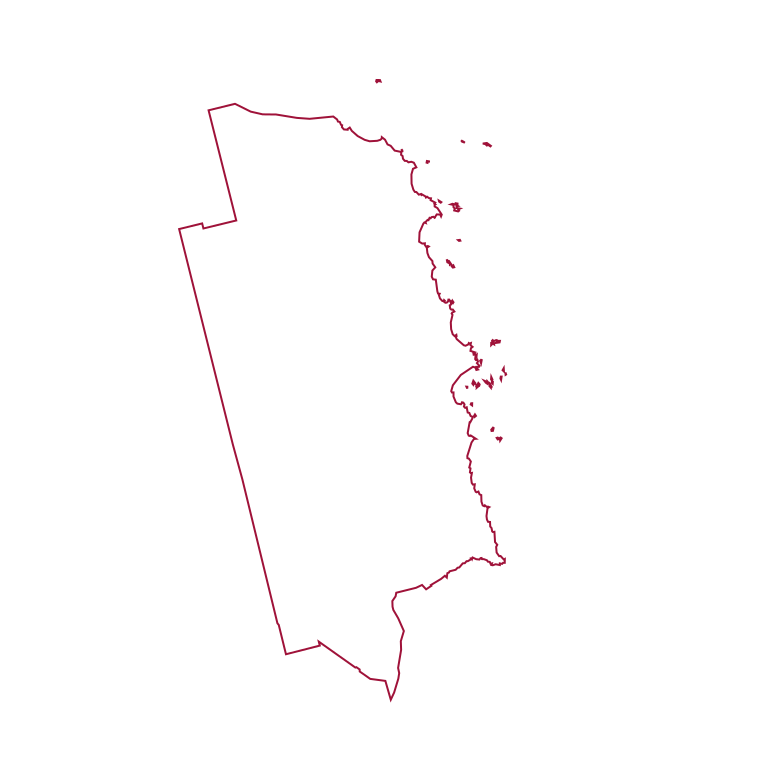 Esperance, Western Australia, Australia, rotated 256°
{"feature_id": "25037944B71614254655380", "entity_name": "Esperance", "entity_type": "district", "adm_level": 2, "iso_a3": "AUS", "parent_name": "Australia", "parent_adm1": "Western Australia", "projection": "robinson", "projection_center": [121.733, -33.519], "detail": "fine", "context": "isolated", "style": "outline", "palette": "rose", "viewbox_px": 768, "rotation_deg": 256, "n_neighbors": 0, "source": "geoboundaries", "source_scale": "gbopen_adm2", "svg_char_len": 6188}
<svg xmlns="http://www.w3.org/2000/svg" viewBox="0 0 768 768"><g transform="rotate(256 384 384)"><path d="M145.7,258.4L149.8,258.4L115.8,287.6L115.9,288.7L112.9,291.3L110.9,290.9L101.2,299.3L95.6,313.5L76.0,314.2L82.2,319.2L94.6,326.6L99.8,328.8L105.1,329.0L121.9,336.3L130.4,338.1L139.5,343.5L153.3,341.1L162.5,338.4L165.8,338.4L171.4,339.6L175.2,343.9L178.5,345.4L178.5,365.8L179.8,372.3L174.6,375.2L176.7,381.1L177.6,380.8L181.1,392.3L183.2,396.7L181.0,398.1L185.1,399.7L185.4,401.5L186.4,402.3L186.4,408.6L187.9,410.9L187.8,412.7L190.9,417.0L190.6,419.1L192.1,421.2L191.8,422.4L192.8,425.8L193.8,425.9L193.7,427.1L193.0,427.2L194.2,428.0L191.7,431.1L190.6,434.1L191.7,435.6L191.6,436.6L190.4,436.7L189.9,438.5L188.1,441.2L186.5,441.8L185.8,443.6L183.8,443.9L183.8,445.3L182.4,444.4L181.8,445.7L182.1,448.7L180.3,452.6L181.9,453.0L180.9,455.1L181.7,456.3L181.3,457.9L185.0,458.9L184.7,457.8L188.9,455.5L189.1,454.1L193.2,452.5L198.8,453.4L200.6,455.0L203.8,453.5L213.9,455.4L214.0,453.9L214.8,453.3L218.2,453.5L220.0,452.6L224.5,453.5L225.1,451.6L227.6,451.1L231.1,451.5L238.4,454.4L239.1,456.3L239.9,455.2L239.6,454.2L241.9,452.5L241.2,451.7L242.3,450.4L246.3,450.1L252.7,451.5L253.8,450.0L256.8,449.6L256.5,447.7L257.2,446.9L260.9,446.3L264.7,447.8L264.9,445.9L266.8,445.2L272.1,445.8L276.5,447.8L276.6,446.6L277.5,446.0L281.2,447.5L282.3,446.5L287.8,449.5L291.1,448.3L291.8,447.0L294.0,447.4L306.1,454.8L308.9,458.0L308.6,459.9L313.1,455.7L312.7,454.9L313.4,453.7L316.1,453.3L326.3,457.9L326.5,458.4L325.3,457.8L329.3,461.5L330.9,461.8L332.0,460.3L335.3,459.8L336.1,458.3L341.4,458.6L341.2,457.0L342.8,456.1L344.7,457.2L346.7,456.5L347.8,454.5L346.9,455.4L345.7,453.8L347.2,450.4L348.9,449.3L355.0,448.4L359.0,449.4L359.3,447.9L360.8,447.5L366.1,450.5L374.2,460.7L379.2,474.5L377.8,476.7L375.3,477.0L375.3,478.5L376.2,477.8L376.7,478.5L378.2,478.1L377.7,480.5L378.4,481.1L381.8,479.2L383.0,480.6L384.8,480.5L385.0,479.0L386.1,478.5L387.2,478.9L387.0,480.1L388.5,479.9L388.3,480.4L390.2,481.1L389.6,479.5L391.3,479.6L390.9,478.1L392.6,478.2L392.9,479.6L395.2,475.9L397.7,477.0L398.6,478.9L400.7,477.3L402.7,478.2L402.5,476.8L403.2,476.2L402.0,475.3L401.4,472.4L402.3,470.8L410.0,465.4L412.3,465.0L412.8,466.0L414.2,466.1L413.4,464.1L415.7,462.7L420.9,462.4L427.6,463.7L434.5,467.2L436.0,466.7L436.8,467.5L437.3,469.8L439.6,468.8L439.9,467.3L441.2,466.5L444.4,466.8L444.9,468.2L447.0,468.8L446.1,469.7L447.0,470.0L445.9,470.6L446.5,471.2L448.1,470.6L447.2,470.1L448.2,468.9L447.8,468.3L450.1,467.7L450.3,466.9L448.6,466.1L447.8,464.6L448.0,463.2L449.5,462.0L450.1,463.1L450.9,462.6L450.0,462.0L450.4,460.7L453.5,459.0L456.9,458.8L458.1,459.8L458.7,458.3L461.1,458.2L472.7,459.5L473.7,456.9L476.6,456.3L482.4,458.4L484.8,462.0L489.1,460.3L491.6,460.7L496.2,458.3L500.6,457.8L505.8,458.5L506.6,460.7L507.3,459.9L507.1,458.0L509.3,457.2L510.6,457.7L511.0,455.1L513.6,452.5L522.6,455.2L530.1,461.0L531.0,462.3L530.2,463.4L531.0,463.3L532.7,466.0L532.2,466.8L534.2,468.4L533.5,469.3L534.4,470.5L534.3,472.4L532.3,473.8L533.3,473.5L535.8,476.2L534.8,479.5L532.8,479.9L534.4,481.0L541.8,478.4L544.0,476.1L545.8,476.5L545.9,477.2L546.8,476.5L547.6,477.6L551.1,473.7L552.8,474.5L553.4,472.7L555.3,471.1L554.8,469.8L556.0,469.6L559.1,466.4L558.5,466.0L559.4,465.3L559.3,463.6L562.4,461.9L562.9,460.4L565.5,459.5L571.6,459.2L580.7,461.3L585.8,464.2L586.4,467.8L591.5,466.5L593.0,464.3L593.2,461.3L594.9,460.1L595.5,458.1L598.0,456.9L600.7,457.2L602.3,456.0L604.2,456.7L605.3,456.2L607.9,450.8L613.5,448.1L615.6,445.4L620.8,444.1L624.0,441.6L622.7,441.2L621.8,439.5L621.6,436.3L623.0,428.8L625.6,424.3L631.0,418.4L637.4,414.0L641.1,412.8L640.2,410.4L639.5,410.2L640.7,406.7L643.4,405.3L645.2,406.0L645.9,405.0L649.0,404.5L649.8,402.8L652.0,402.5L655.8,399.5L659.3,376.0L663.3,363.8L671.6,344.5L675.0,331.5L680.5,320.6L691.9,307.2L692.0,280.0L578.4,280.2L578.6,246.4L583.8,246.4L583.9,222.7L361.9,222.7L325.7,223.5L177.6,222.7L175.7,223.6L145.5,223.5L145.7,258.4ZM540.6,498.8L541.3,499.0L542.1,497.2L541.0,496.5L542.3,494.0L542.1,492.4L541.2,494.2L540.1,494.6L538.9,494.2L537.0,495.1L535.4,494.1L533.5,497.7L534.0,498.8L535.4,498.3L535.8,500.2L537.2,497.0L538.9,497.4L538.8,498.9L540.7,497.2L540.6,498.8ZM397.0,500.5L396.4,506.2L397.8,506.9L398.5,503.9L399.1,504.2L399.5,503.5L399.0,500.8L400.3,500.1L399.8,499.3L398.3,499.5L398.1,498.0L395.8,497.4L396.9,499.3L395.8,500.4L397.0,500.5ZM590.8,542.9L588.8,544.7L589.2,545.3L593.0,542.1L593.4,538.0L592.2,540.4L590.5,541.5L590.8,542.9ZM486.8,474.9L485.0,477.0L483.8,476.8L484.0,477.4L482.5,478.7L487.7,476.8L488.3,475.4L489.8,475.0L486.8,474.9ZM301.0,483.0L302.9,485.0L303.9,484.2L303.3,482.4L304.5,481.4L304.4,480.3L302.7,480.9L302.8,483.2L301.0,483.0ZM362.9,482.1L360.6,483.1L358.9,484.6L360.0,485.7L361.8,484.8L361.1,484.5L362.9,482.1ZM362.0,472.6L362.7,472.8L365.6,471.5L363.0,469.8L361.5,470.5L362.4,471.2L362.0,472.6ZM680.8,450.3L679.6,449.6L678.5,450.1L679.4,451.9L678.4,453.8L679.9,453.6L680.8,450.3ZM312.2,478.4L314.8,479.7L315.3,479.2L313.7,477.0L312.4,477.0L312.2,478.4ZM354.5,486.8L355.1,487.0L354.7,488.4L355.7,487.0L356.5,487.5L358.5,486.8L356.6,485.8L354.5,486.8ZM380.6,483.2L383.6,484.6L384.0,484.0L383.3,482.9L380.6,483.2ZM370.4,504.0L368.7,502.4L367.1,503.4L370.4,504.0ZM360.9,489.6L359.1,488.8L357.9,489.5L359.9,490.2L360.9,489.6ZM480.3,480.4L482.4,480.0L481.6,478.3L480.3,479.0L480.3,480.4ZM330.0,463.8L330.8,465.5L332.5,464.9L331.0,463.4L330.0,463.8ZM359.5,476.1L360.5,476.7L362.2,475.8L360.8,474.6L359.5,476.1ZM341.9,464.3L344.0,464.9L344.2,463.9L343.2,463.2L341.9,464.3ZM546.2,482.9L546.6,483.6L548.7,481.6L547.6,481.6L546.2,482.9ZM362.7,499.9L362.9,499.1L361.2,498.3L359.6,498.6L362.7,499.9ZM589.0,479.8L588.8,482.3L590.0,479.6L588.5,478.9L588.1,479.6L589.0,479.8ZM361.2,489.5L362.1,490.3L364.9,489.8L362.6,489.0L361.2,489.5ZM359.4,463.7L361.2,464.2L361.5,463.3L359.4,463.7ZM504.6,492.7L505.5,492.5L505.7,490.7L504.7,491.4L504.6,492.7ZM598.6,520.8L599.6,520.1L601.7,517.8L600.2,518.4L598.6,520.8ZM359.0,473.6L358.0,473.2L358.7,474.6L360.6,473.4L359.3,472.9L359.0,473.6ZM363.7,504.8L365.9,504.6L363.5,504.2L363.7,504.8ZM604.5,458.0L606.3,458.3L607.6,457.7L604.5,458.0Z" fill="none" stroke="#9f1239" stroke-width="2"/></g></svg>